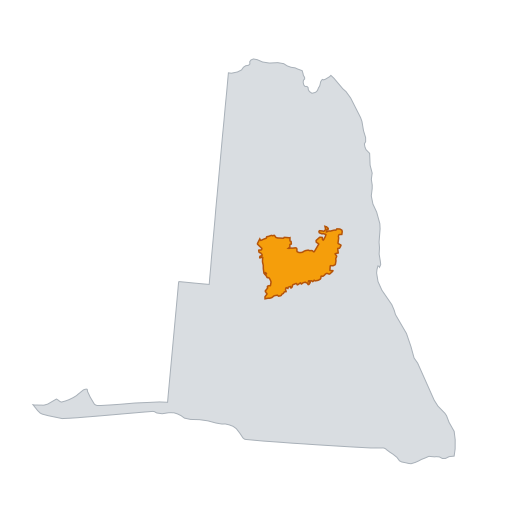 Khomas highlighted on a map of Namibia, rotated 184°
{"feature_id": "NAM-3340", "entity_name": "Khomas", "entity_type": "Region", "adm_level": 1, "iso_a3": "NAM", "parent_name": "Namibia", "parent_adm1": "", "projection": "orthographic", "projection_center": [17.098, -22.865], "detail": "fine", "context": "in_parent", "style": "filled", "palette": "amber", "viewbox_px": 512, "rotation_deg": 184, "n_neighbors": 0, "source": "natural_earth", "source_scale": "10m", "svg_char_len": 8546}
<svg xmlns="http://www.w3.org/2000/svg" viewBox="0 0 512 512"><g transform="rotate(184 256 256)"><path d="M409.8,84.2L416.5,83.2L422.9,82.2L430.4,81.2L436.4,80.5L437.9,80.3L452.1,82.2L458.3,83.4L460.4,84.3L463.1,86.6L468.1,92.1L466.8,91.9L457.2,92.4L453.5,93.7L445.1,99.4L443.4,98.5L441.5,97.2L439.9,96.7L436.2,98.0L432.6,99.6L428.6,101.9L425.2,104.3L424.1,105.5L418.8,110.4L417.2,111.1L415.7,111.4L415.1,111.2L414.5,108.9L411.6,103.7L406.8,96.8L405.3,96.1L404.3,95.8L400.6,96.0L389.7,97.4L380.5,98.7L366.5,100.9L351.4,102.6L342.1,103.7L334.0,103.9L333.9,110.5L333.6,123.9L333.3,137.4L333.0,150.8L332.7,164.2L332.4,177.6L332.1,191.1L331.8,204.5L331.5,218.0L331.4,223.8L331.1,225.1L326.5,225.0L316.3,224.7L307.7,224.5L300.7,224.4L300.6,232.4L300.4,241.8L300.3,251.3L300.1,260.7L299.9,270.2L299.7,279.6L299.5,289.1L299.4,298.5L299.2,308.0L299.0,315.1L299.0,315.9L298.7,329.7L298.4,344.4L298.1,359.0L297.8,373.7L297.4,388.3L297.1,402.9L296.7,417.5L296.4,432.1L296.3,436.8L293.3,436.6L287.3,438.3L283.4,440.6L281.7,443.4L279.5,445.1L276.8,445.7L275.5,447.1L275.8,449.4L274.7,451.2L272.3,452.4L268.4,451.9L263.0,450.0L256.1,449.4L247.8,450.4L241.8,449.8L238.1,447.8L234.2,446.7L230.1,446.4L227.7,445.5L222.9,444.1L221.9,441.5L221.4,439.6L220.0,437.6L219.8,436.0L220.9,434.7L221.1,432.7L220.3,430.0L219.0,428.6L217.0,428.7L215.8,427.7L215.4,425.5L214.2,423.8L211.5,422.2L208.0,423.4L206.3,425.3L205.3,428.3L204.4,429.8L203.9,432.3L203.7,434.1L202.8,436.0L201.9,436.8L200.9,436.4L199.1,437.2L195.1,440.0L193.9,441.4L190.7,438.8L181.1,428.9L177.7,426.3L172.6,420.2L161.3,401.3L159.7,397.6L157.5,388.5L154.9,381.7L154.6,377.7L155.7,375.5L155.0,372.5L153.7,369.8L149.8,366.3L148.5,354.5L145.9,346.8L146.3,340.5L145.0,334.8L144.8,331.1L145.2,324.0L143.0,316.0L138.7,308.2L134.7,296.8L134.1,291.8L134.2,278.4L133.4,272.9L133.3,266.5L131.7,259.8L131.0,256.2L132.0,253.3L132.6,254.2L133.7,254.6L134.4,250.8L134.5,247.4L132.5,239.0L128.0,230.6L117.1,216.9L114.4,211.6L112.8,207.3L100.5,189.2L95.1,176.4L91.2,165.3L87.2,160.3L68.2,124.6L64.0,118.9L56.6,112.3L54.8,110.0L51.8,103.5L46.1,94.9L44.5,86.7L43.9,77.4L44.4,70.2L49.4,69.3L52.8,67.3L55.9,67.0L59.1,68.4L62.4,68.4L63.7,68.1L69.6,68.2L73.0,66.4L77.0,64.5L79.3,63.0L82.5,61.3L86.8,59.6L89.3,59.7L92.3,60.2L96.3,60.7L98.6,61.7L101.4,65.0L105.6,67.9L108.7,69.6L112.3,71.9L113.4,72.8L114.9,73.3L115.9,73.4L122.4,72.9L128.4,72.5L134.7,72.4L146.8,72.2L158.8,72.1L170.8,72.0L182.9,71.9L194.9,71.9L207.0,71.8L219.0,71.9L231.0,71.9L236.0,71.9L244.6,72.1L253.6,72.3L254.6,72.5L255.6,73.1L256.4,73.7L259.6,77.9L263.6,82.4L267.0,84.5L271.0,85.7L274.8,86.3L278.4,86.0L284.3,86.6L292.5,88.2L301.0,88.8L309.9,88.4L316.1,89.3L319.6,91.5L323.3,93.0L327.0,93.9L332.1,93.6L338.6,92.1L344.1,92.5L346.6,93.7L348.1,93.8L357.5,92.4L365.1,91.2L376.6,89.4L386.0,87.9L400.0,85.7L409.8,84.2Z" fill="#d9dde1" stroke="#a8b0b8" stroke-width="1"/><path d="M189.2,240.5L189.6,240.4L189.7,240.2L189.8,238.6L189.9,238.1L190.2,237.5L191.7,236.4L192.9,235.9L195.3,235.3L195.7,235.5L196.1,235.7L196.3,235.9L196.5,235.7L197.1,234.9L197.4,234.6L197.6,234.4L197.9,234.5L198.5,235.0L198.9,235.2L199.2,235.1L199.4,234.9L199.7,234.9L200.6,235.0L201.6,235.0L201.9,234.7L202.0,234.4L201.9,234.1L201.8,233.9L201.5,233.8L200.5,234.0L200.2,233.9L200.1,233.7L200.1,233.3L200.2,233.1L201.1,231.5L201.3,231.3L201.6,231.2L201.9,231.1L202.1,231.2L202.3,231.5L202.5,232.1L202.8,232.4L203.1,232.7L204.0,232.7L204.4,233.0L204.8,233.3L205.1,233.3L206.5,232.8L206.9,232.7L207.2,232.5L207.5,232.3L208.1,231.7L208.5,231.4L208.8,231.2L209.1,231.4L209.3,231.7L209.5,232.0L209.7,232.3L209.8,232.3L210.1,232.1L212.1,230.4L212.5,230.2L212.8,230.1L213.0,230.2L213.2,230.6L213.3,230.9L213.5,231.2L213.8,231.4L214.1,231.4L217.0,230.0L217.4,229.6L217.6,229.2L217.6,228.2L217.7,227.9L217.8,227.6L218.3,226.9L218.6,226.7L218.9,226.5L219.0,226.6L219.1,226.9L219.3,227.6L219.4,227.9L219.6,228.0L219.8,227.9L221.3,227.3L221.6,227.1L221.8,226.9L221.9,226.6L221.8,226.0L221.9,225.8L222.1,225.9L223.3,226.4L223.6,226.5L223.8,226.3L223.9,226.0L224.2,225.1L224.2,224.9L224.2,224.6L223.5,222.8L223.5,222.5L223.7,222.4L224.3,222.5L224.7,222.4L225.0,222.2L225.3,222.0L225.5,221.7L225.9,220.9L226.1,220.6L226.5,220.3L227.5,219.7L228.0,218.6L228.3,218.3L228.6,218.1L228.9,218.0L230.3,217.6L230.7,217.5L230.9,217.6L231.2,217.8L231.7,218.3L231.9,218.4L232.1,218.4L233.0,218.1L234.5,217.8L235.3,217.4L235.7,217.1L236.3,216.5L237.3,215.6L238.8,215.0L240.1,214.7L240.8,214.8L244.0,213.9L244.2,215.9L243.8,216.6L243.1,217.6L242.6,218.4L242.4,218.8L242.4,219.1L242.5,219.2L242.6,219.4L242.7,219.5L243.2,219.9L243.4,220.2L243.6,220.6L243.8,220.8L244.0,220.9L244.1,221.0L244.2,221.3L244.2,222.1L244.1,222.4L243.8,222.5L243.6,222.7L243.4,222.9L243.1,223.5L242.3,224.7L242.1,225.0L242.4,225.5L242.5,225.8L242.5,226.3L242.3,226.6L242.0,226.9L241.0,227.3L240.7,227.3L240.2,227.3L239.9,227.3L239.6,227.4L239.5,227.7L239.2,230.7L239.2,231.2L239.4,231.7L240.2,233.4L241.2,234.8L241.6,235.1L242.0,235.2L243.2,235.2L243.4,235.4L243.6,235.6L244.4,236.9L244.8,237.4L245.4,237.9L245.7,238.1L245.5,238.3L244.5,238.8L244.3,239.1L244.4,239.3L244.6,239.5L245.4,240.1L245.5,240.1L246.4,239.3L246.7,239.2L246.8,239.3L246.9,239.5L247.8,243.8L248.1,247.3L248.3,247.9L249.1,250.5L249.2,251.5L249.2,255.0L249.4,255.2L249.7,255.2L251.9,254.4L252.1,254.4L252.2,254.6L252.2,254.9L252.1,255.5L252.1,255.8L252.0,256.0L251.7,256.2L250.3,256.7L250.2,256.8L250.0,257.0L250.0,257.3L250.0,257.6L250.1,257.9L250.3,258.2L250.7,258.5L251.4,259.3L251.7,259.5L252.0,259.5L252.6,259.6L252.9,259.7L253.1,259.8L253.2,260.1L253.5,260.8L253.7,261.9L253.6,262.1L253.3,262.2L251.6,262.3L251.3,262.4L251.0,262.7L250.8,263.0L250.7,263.4L250.7,263.8L250.8,264.1L255.1,267.7L255.4,268.1L255.4,268.4L255.3,268.8L253.4,273.3L252.6,271.9L251.9,272.0L249.8,273.2L247.2,274.4L246.9,274.6L246.8,274.9L246.8,275.6L246.7,275.9L246.3,276.1L245.0,276.4L242.7,277.4L242.1,277.6L241.7,277.6L241.2,277.5L240.9,277.3L240.6,277.4L239.4,277.9L239.2,277.9L238.9,277.7L237.8,276.3L237.6,276.0L237.3,275.9L235.8,275.5L230.0,275.6L229.6,275.9L229.3,276.2L229.2,276.5L228.6,276.6L223.6,276.5L223.4,276.6L223.2,273.7L223.1,273.4L222.8,273.2L222.3,273.0L222.1,273.0L222.0,272.8L221.6,270.8L221.6,270.5L221.7,270.3L222.8,270.0L223.0,269.8L223.0,269.6L222.9,267.9L222.9,267.5L223.0,267.3L223.2,267.0L224.3,265.9L224.2,265.9L223.7,265.9L222.0,266.3L219.9,266.4L217.2,266.9L216.2,266.7L215.7,265.9L215.6,264.5L215.5,263.6L215.2,263.2L214.7,262.9L213.4,262.5L212.1,262.5L210.1,262.9L208.3,264.2L206.8,264.9L204.3,265.5L203.0,265.1L201.8,265.2L201.2,265.3L200.6,265.3L199.9,265.1L199.4,264.6L198.7,264.2L198.3,264.3L197.9,264.9L194.4,271.9L194.3,272.1L194.3,272.4L194.4,272.5L194.5,272.6L196.6,273.8L196.8,273.9L196.9,274.2L197.1,275.2L197.1,275.6L197.0,275.8L193.9,279.0L193.6,279.2L193.3,279.2L191.3,279.2L191.1,279.1L191.0,278.9L190.9,277.3L190.8,277.1L190.5,276.8L190.1,276.5L189.9,276.7L189.7,276.9L188.3,279.9L187.8,281.8L187.8,282.1L187.8,282.3L188.0,282.4L190.6,283.0L190.9,283.0L191.4,282.7L191.7,282.7L194.0,283.4L194.3,283.5L194.5,283.6L194.6,283.9L194.9,284.6L194.9,284.8L194.8,285.0L194.7,285.4L194.5,285.6L194.4,285.7L194.1,285.7L191.4,285.6L190.4,285.3L190.2,285.3L189.9,285.5L188.8,286.7L188.5,287.5L189.0,289.5L189.3,290.4L187.6,290.0L186.0,288.7L185.8,288.2L185.8,287.9L186.0,287.7L186.7,287.6L187.0,287.4L187.1,287.2L187.0,286.6L187.0,286.1L187.2,285.7L187.5,285.1L187.5,284.9L187.3,284.9L185.5,285.9L185.2,286.1L184.8,286.1L183.9,286.0L183.7,286.0L179.8,287.3L178.4,287.3L178.0,287.5L177.8,287.8L177.7,288.1L177.5,288.4L177.4,288.6L177.1,288.7L174.8,288.8L174.0,288.7L172.2,287.8L171.8,286.9L171.7,286.1L171.9,283.5L174.4,283.2L175.0,282.6L175.2,281.4L175.2,281.2L174.8,279.9L174.8,279.6L175.1,274.9L175.1,274.6L175.0,274.3L174.8,274.1L172.4,273.0L172.2,272.9L172.0,272.7L172.0,272.4L172.1,272.1L172.9,270.2L173.1,269.9L173.3,269.6L173.6,269.5L174.6,269.4L174.8,269.3L175.0,269.2L175.0,268.8L174.2,264.8L176.7,264.0L177.0,263.8L177.2,263.7L177.1,263.4L175.7,261.8L175.5,261.5L175.6,261.1L175.6,260.8L176.2,259.2L176.2,258.8L176.2,258.5L176.1,257.8L176.0,257.1L175.9,256.8L175.9,256.7L176.2,253.5L176.4,253.0L176.7,252.6L177.6,252.2L178.0,251.8L178.6,251.7L178.9,251.6L180.8,251.6L181.1,251.5L181.2,251.2L181.3,250.8L181.3,247.4L181.3,247.1L181.2,246.8L180.7,246.7L178.4,246.8L178.3,246.7L178.2,246.6L178.7,245.8L181.1,243.3L181.5,243.1L181.9,243.1L183.8,243.6L184.2,243.6L184.6,243.4L185.0,243.2L185.9,242.4L186.3,241.7L187.4,240.8L187.7,240.5L188.0,240.4L188.4,240.4L188.8,240.5L189.2,240.5Z" fill="#f59e0b" stroke="#b45309" stroke-width="1.5"/></g></svg>